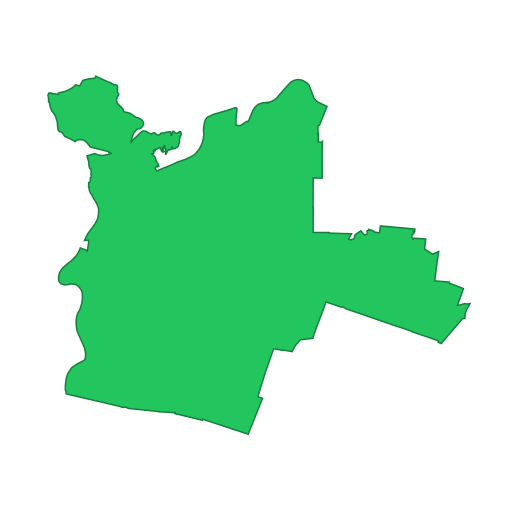 Stancuta, Braila, Romania (Natural Earth projection), rotated 183°
{"feature_id": "2599482B41841434061539", "entity_name": "Stancuta", "entity_type": "district", "adm_level": 2, "iso_a3": "ROU", "parent_name": "Romania", "parent_adm1": "Braila", "projection": "natural_earth1", "projection_center": [27.868, 44.908], "detail": "fine", "context": "isolated", "style": "filled", "palette": "green", "viewbox_px": 512, "rotation_deg": 183, "n_neighbors": 0, "source": "geoboundaries", "source_scale": "gbopen_adm2", "svg_char_len": 6112}
<svg xmlns="http://www.w3.org/2000/svg" viewBox="0 0 512 512"><g transform="rotate(183 256 256)"><path d="M425.5,427.2L426.1,425.5L426.7,425.0L431.4,424.4L438.3,422.3L438.5,421.9L438.4,421.6L441.0,416.7L445.2,417.5L446.8,415.6L449.3,413.6L455.1,410.4L461.8,408.5L461.8,407.1L469.3,407.7L469.2,408.0L471.0,408.0L471.6,407.7L472.2,405.2L471.8,404.4L471.4,402.3L471.2,399.1L470.6,399.1L468.9,393.0L467.6,390.3L463.8,385.8L461.5,379.6L460.8,374.2L460.0,371.1L459.0,370.0L456.3,369.4L453.3,365.5L444.7,362.0L442.8,360.7L441.1,362.2L440.1,362.6L438.1,363.0L434.8,362.9L433.3,362.2L431.1,360.6L428.4,357.7L427.2,356.1L408.4,352.5L408.4,351.7L406.3,351.2L406.4,350.3L413.9,348.4L415.3,348.3L416.9,348.6L417.9,348.4L422.3,349.9L430.0,347.1L428.1,341.6L427.5,337.5L426.7,334.9L426.2,334.4L425.4,334.3L424.8,330.5L425.1,330.1L425.2,329.8L424.8,327.9L424.8,325.8L425.5,325.5L425.6,325.2L425.3,322.7L425.8,321.1L426.6,320.9L426.9,320.4L426.9,320.1L426.7,320.2L426.9,316.9L426.5,316.5L426.1,315.5L426.5,315.3L426.2,314.8L425.9,312.9L424.7,310.4L422.4,307.5L422.4,306.8L418.3,300.9L416.1,296.4L415.5,294.6L415.5,293.2L415.6,288.5L416.1,285.3L416.5,283.8L418.1,280.3L424.7,270.2L426.4,266.9L428.1,262.5L424.0,263.0L423.8,261.6L424.7,252.1L426.4,253.1L431.9,254.9L432.3,253.5L433.6,250.1L435.6,246.7L440.1,241.7L444.6,237.7L448.0,234.4L449.9,231.8L451.4,228.7L452.1,225.0L451.9,222.0L451.4,220.4L450.5,219.2L449.0,218.0L447.4,217.4L445.4,217.1L441.7,217.7L438.9,218.5L436.3,218.3L433.9,217.9L431.9,216.4L429.0,213.4L427.9,211.0L427.4,208.8L427.1,205.0L427.5,199.7L428.8,194.4L429.2,193.3L430.6,190.5L431.4,188.3L432.0,185.6L432.3,181.2L432.1,179.5L431.6,175.7L430.7,171.8L429.4,168.8L424.6,159.7L422.3,154.8L421.2,150.2L421.0,148.6L421.0,146.5L421.7,143.2L422.0,142.9L428.8,139.0L433.5,135.4L434.6,134.3L437.0,130.2L438.1,127.8L438.6,125.7L439.1,123.8L439.4,120.2L439.6,116.3L439.4,112.6L438.1,108.3L383.7,98.6L382.1,97.9L377.5,98.1L375.7,97.1L346.6,95.7L345.8,95.4L328.7,95.3L328.9,94.4L300.9,89.2L300.6,90.2L254.5,77.6L242.0,114.2L246.8,115.6L239.7,143.7L239.4,144.1L233.6,164.3L223.8,163.1L223.2,163.4L214.9,162.4L211.8,169.0L207.1,174.7L194.8,176.8L194.1,180.3L192.6,185.5L186.6,204.1L183.7,213.7L168.0,209.4L167.2,209.6L166.2,209.5L163.1,207.9L111.2,193.0L110.0,192.8L105.1,191.4L95.6,188.6L95.7,188.4L69.9,181.0L69.6,180.8L69.3,180.2L69.6,179.5L66.5,178.2L46.8,203.8L46.2,204.3L44.9,204.4L44.1,204.7L44.1,209.1L43.0,213.1L39.8,219.7L42.2,219.1L45.2,219.4L50.3,217.6L52.2,217.4L47.1,234.3L62.2,239.2L61.8,240.1L76.2,240.5L74.7,261.0L73.8,270.0L79.8,267.1L88.0,271.8L87.4,281.8L92.2,282.0L99.6,282.0L99.7,281.1L100.4,281.1L100.7,281.8L101.4,282.8L101.4,284.6L100.5,285.9L99.6,286.7L99.5,287.2L100.2,288.3L100.3,289.1L99.8,289.0L99.2,288.3L98.8,288.4L98.7,291.2L133.3,292.6L133.9,285.7L134.1,285.6L138.3,286.0L139.1,286.3L140.7,287.4L144.8,288.4L144.6,287.7L146.0,287.2L146.6,286.8L146.3,286.4L145.9,284.9L146.0,284.4L146.2,283.9L147.8,283.0L148.7,282.8L149.7,283.4L152.1,286.1L152.9,286.6L153.3,286.1L157.5,283.0L158.2,282.1L158.6,280.7L158.7,279.1L159.8,277.9L162.5,277.0L164.4,277.7L161.8,283.2L183.9,282.7L184.0,283.3L200.2,282.5L201.4,307.8L201.6,307.8L203.0,336.8L194.0,337.3L195.6,367.3L195.6,373.9L196.4,373.1L199.8,373.0L200.2,381.5L200.6,381.2L200.9,389.1L199.3,390.2L192.9,409.1L201.0,412.4L203.2,413.6L204.5,414.6L206.3,416.6L211.7,428.8L213.1,430.6L215.1,432.0L218.1,433.6L219.4,434.0L222.1,434.4L223.8,434.3L226.2,433.7L227.8,433.1L230.3,431.5L232.8,428.7L244.4,414.0L246.0,412.7L248.6,411.2L251.3,410.2L251.3,409.7L252.8,409.3L253.6,409.6L253.4,409.9L257.4,409.3L261.2,407.8L262.9,406.5L264.3,405.2L266.5,401.8L270.5,390.5L270.8,390.6L271.1,389.6L272.2,389.9L272.9,389.6L278.5,385.3L282.9,385.6L283.1,392.2L282.7,402.3L283.4,403.0L284.5,403.0L292.2,400.0L305.7,395.3L311.4,392.3L312.4,391.5L313.2,390.3L313.9,388.9L314.3,387.1L314.7,384.6L315.1,379.3L314.4,374.1L315.3,367.3L316.5,363.7L317.1,362.3L318.0,360.4L320.8,356.3L322.7,354.2L324.5,352.7L331.6,348.8L339.4,345.7L344.6,342.8L353.1,338.9L359.6,335.7L361.3,338.2L361.0,339.3L358.9,340.8L358.5,341.3L358.4,341.7L358.3,341.0L359.3,340.3L359.0,339.8L357.8,340.5L358.2,341.1L358.6,342.9L358.9,343.5L360.6,345.3L360.9,346.9L361.9,349.4L365.4,352.5L363.9,352.9L363.5,353.1L363.5,354.4L364.2,355.1L364.3,355.7L362.8,355.7L362.3,355.6L362.0,356.2L362.8,356.4L362.9,356.8L362.8,357.0L361.0,357.4L357.4,359.4L357.0,359.0L357.1,357.8L356.7,357.8L356.0,357.2L356.1,356.3L355.8,356.1L355.8,355.8L355.5,355.4L354.8,355.3L354.3,354.8L354.1,355.0L354.6,355.4L354.7,355.8L354.1,356.2L354.1,356.8L354.6,356.8L354.6,356.2L355.1,356.2L355.3,356.4L355.5,357.3L355.3,357.8L355.0,358.0L354.3,359.9L353.2,361.5L352.9,361.4L352.8,361.0L352.9,359.5L353.7,358.6L353.5,358.4L352.2,358.7L351.6,358.0L351.8,356.5L352.6,355.6L352.3,355.3L351.4,355.2L351.7,353.3L351.7,353.0L351.3,352.9L350.8,354.2L350.4,354.6L350.2,355.9L349.6,356.3L349.2,357.6L348.8,357.7L348.4,357.3L348.0,357.4L346.1,358.2L345.8,358.7L345.8,359.6L345.5,360.4L345.1,360.1L344.6,358.7L343.9,358.7L342.5,359.0L341.7,359.8L340.6,360.3L339.8,360.9L338.9,363.3L338.4,365.5L338.5,368.2L338.2,370.0L337.1,373.2L337.1,374.4L337.6,375.1L337.5,375.7L337.7,376.0L338.4,376.4L341.0,374.6L342.2,374.3L343.4,374.8L343.9,375.7L344.6,376.2L345.4,376.3L345.6,376.2L346.1,374.4L346.2,372.5L346.8,372.0L347.4,372.3L347.7,375.3L347.9,375.5L348.9,375.6L353.0,374.7L353.8,374.1L356.3,373.9L357.3,373.6L358.6,372.1L359.7,371.6L360.6,371.8L362.8,372.8L363.4,373.6L363.9,373.9L364.9,373.6L367.2,372.2L372.5,374.8L374.5,375.0L375.6,374.9L378.8,372.2L382.2,368.3L385.1,365.3L386.6,363.1L386.7,363.7L385.6,369.7L384.3,372.7L382.2,375.5L381.7,376.0L380.8,376.5L378.2,377.3L377.4,377.9L375.4,380.7L375.1,381.6L375.2,382.7L376.1,384.8L377.3,386.0L379.1,387.1L381.2,387.9L383.5,388.3L387.0,390.7L389.6,392.0L391.3,392.5L395.1,393.0L395.6,393.5L396.4,395.5L397.3,396.7L402.1,400.9L402.9,402.1L403.5,405.1L403.2,406.4L401.5,410.2L401.7,410.8L402.7,411.9L403.0,412.9L403.1,417.7L403.4,418.9L404.0,419.3L405.2,419.6L406.4,419.5L406.9,419.7L409.7,420.9L410.1,421.5L412.6,422.0L425.5,427.2Z" fill="#22c55e" stroke="#15803d" stroke-width="1.5"/></g></svg>